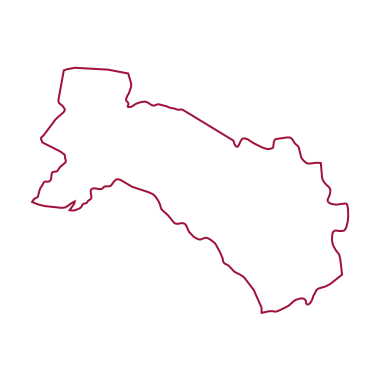 outline of Chachoengsao, rotated 6°
{"feature_id": "THA-431", "entity_name": "Chachoengsao", "entity_type": "Province", "adm_level": 1, "iso_a3": "THA", "parent_name": "Thailand", "parent_adm1": "", "projection": "albers", "projection_center": [101.399, 13.573], "detail": "fine", "context": "isolated", "style": "outline", "palette": "rose", "viewbox_px": 384, "rotation_deg": 6, "n_neighbors": 0, "source": "natural_earth", "source_scale": "10m", "svg_char_len": 4289}
<svg xmlns="http://www.w3.org/2000/svg" viewBox="0 0 384 384"><g transform="rotate(6 192 192)"><path d="M72.2,222.9L76.3,215.5L76.3,213.6L73.1,215.9L70.3,218.5L67.5,220.6L64.0,221.4L47.1,221.4L40.3,220.5L34.0,218.6L35.4,215.9L37.1,214.4L38.6,213.5L39.0,213.1L39.2,212.7L39.3,212.4L40.2,206.2L40.7,204.5L41.1,203.2L42.1,201.7L42.5,200.8L43.2,198.8L43.6,197.9L44.3,197.3L45.1,196.9L46.0,196.8L47.0,196.9L48.0,196.7L48.9,196.3L49.5,195.8L50.1,195.2L50.4,194.1L50.5,192.6L50.5,189.3L50.8,187.6L51.5,186.7L52.5,186.3L54.6,185.9L55.5,185.5L56.1,184.8L57.9,181.4L58.4,180.7L62.9,176.0L63.2,175.1L63.2,173.9L62.4,171.9L61.7,169.1L61.3,168.1L56.4,165.3L38.1,158.4L36.2,155.0L36.4,153.6L38.6,151.0L48.5,134.4L50.0,132.5L56.1,125.9L56.8,124.3L56.9,123.2L56.2,122.1L55.1,120.8L53.8,119.6L50.7,117.6L50.0,116.5L49.5,114.9L51.7,85.9L51.8,84.4L55.2,82.9L62.6,80.7L95.7,79.1L116.2,80.8L120.1,90.4L120.5,93.8L118.9,100.3L118.8,100.8L118.3,101.7L117.8,102.5L116.7,106.4L116.8,107.4L117.1,108.1L118.2,109.0L118.9,109.6L119.6,110.9L119.5,112.0L119.0,113.5L119.3,114.0L120.0,114.1L121.0,114.1L121.9,113.9L122.7,113.6L124.1,112.6L125.5,111.3L127.0,110.2L131.3,108.1L135.3,107.1L136.7,107.1L138.5,107.6L141.9,109.4L143.7,110.0L145.2,110.1L146.0,109.7L147.8,108.8L148.6,108.4L149.7,108.2L157.5,109.4L160.8,110.4L162.7,110.7L165.7,110.8L167.9,111.4L169.4,111.7L170.6,111.5L171.4,111.2L172.4,111.0L174.4,111.3L227.7,136.5L228.1,137.3L228.9,139.2L229.5,140.3L230.6,141.7L231.5,142.1L232.1,142.3L232.4,142.2L232.6,142.1L232.9,141.8L233.3,141.2L233.7,140.3L235.0,136.4L235.9,134.6L236.4,133.9L237.4,133.4L238.8,133.2L241.7,133.7L248.4,137.1L257.3,140.4L261.9,141.4L263.1,141.4L266.1,140.6L266.9,140.2L267.6,139.7L268.1,138.9L268.2,133.3L268.5,132.2L269.0,131.3L269.7,130.7L270.6,130.4L280.4,127.9L282.7,127.6L284.1,127.7L285.1,128.2L285.8,128.7L289.4,133.0L290.8,134.1L292.4,135.1L293.0,135.8L293.5,136.6L296.9,145.8L297.6,147.0L298.7,148.2L301.1,150.2L302.6,151.1L304.0,151.5L305.1,151.5L306.2,151.4L312.7,149.9L317.1,149.7L319.8,163.8L320.9,166.6L322.8,168.9L325.1,171.0L325.9,171.5L328.0,173.2L328.6,173.9L329.2,175.0L329.5,176.6L329.4,179.6L329.0,181.3L328.6,182.7L328.3,183.5L327.7,185.4L327.8,186.6L328.4,187.6L329.9,188.6L331.1,189.1L332.5,189.3L334.9,189.5L337.3,189.4L345.5,187.4L346.5,187.5L347.5,188.1L348.2,189.9L349.0,192.9L349.9,199.9L350.0,204.4L349.2,210.8L348.3,213.0L347.4,214.4L345.6,215.0L344.6,215.2L342.4,215.4L339.0,215.2L338.1,215.6L337.3,216.1L336.7,216.8L336.3,217.6L336.0,219.1L336.0,221.2L336.2,225.2L337.0,228.0L338.2,230.8L341.3,235.1L344.8,238.7L346.4,243.0L349.9,258.5L338.9,269.2L334.6,272.0L328.7,274.4L327.0,275.5L325.9,276.6L325.3,278.6L323.6,282.5L323.5,282.8L323.4,283.5L323.3,284.4L322.4,287.5L321.1,290.1L320.1,291.2L319.1,291.8L318.2,291.7L317.5,291.3L317.0,290.5L316.6,288.5L316.1,287.6L315.4,287.1L314.6,286.6L313.6,286.3L312.1,286.3L310.0,286.9L306.3,288.5L304.5,290.0L300.6,294.4L298.0,296.4L290.1,301.3L288.2,302.1L287.2,302.3L284.9,302.1L281.6,302.4L273.9,304.9L273.2,299.6L263.6,282.9L253.0,271.7L251.4,270.6L248.9,269.3L243.2,267.2L241.9,266.4L236.5,261.7L235.1,260.9L232.0,259.8L231.0,258.9L230.4,258.0L230.0,257.1L229.5,255.1L227.0,250.3L221.4,242.0L220.0,240.4L215.2,237.4L214.0,236.9L212.4,236.3L211.4,236.1L210.4,236.1L209.4,236.3L208.6,236.7L206.9,237.7L206.0,238.1L205.1,238.4L203.7,238.4L201.5,237.8L198.2,236.2L193.4,232.1L192.6,231.0L189.9,226.1L188.9,225.0L187.9,224.3L186.8,224.1L185.7,224.1L184.6,224.1L183.5,224.4L182.6,224.8L181.5,225.1L180.2,225.2L178.4,225.0L177.3,224.4L170.6,217.7L164.2,213.0L163.6,212.4L162.9,211.5L161.5,207.8L160.6,206.3L159.4,204.3L156.4,200.7L154.7,199.2L153.2,198.2L149.0,196.8L132.0,193.1L119.5,187.4L118.3,187.2L117.2,187.1L116.1,187.3L115.2,187.6L114.5,188.2L112.8,190.5L111.5,192.9L110.4,194.4L109.6,194.8L108.6,195.1L105.3,195.4L104.4,195.8L103.7,196.4L102.6,197.8L101.8,198.4L100.8,198.6L99.7,198.8L95.1,198.5L94.0,198.6L93.0,198.9L92.2,199.3L91.6,200.0L91.2,200.9L91.1,201.9L91.3,202.9L92.4,206.9L92.5,207.9L92.3,208.9L91.9,209.8L91.2,210.4L90.4,210.9L89.7,211.4L89.4,212.0L89.2,212.4L89.2,212.6L89.1,212.8L88.8,213.3L88.3,213.9L87.5,214.3L85.5,215.0L84.7,215.5L84.3,216.3L83.6,218.2L83.0,219.0L82.4,219.7L79.3,221.5L77.5,222.4L75.3,222.9L72.2,222.9L72.2,222.9Z" fill="none" stroke="#9f1239" stroke-width="2"/></g></svg>